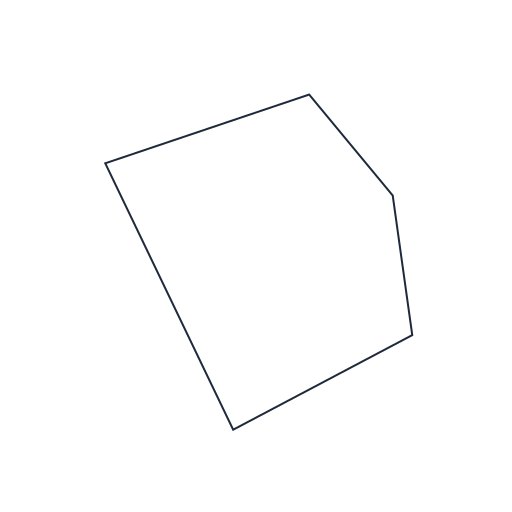 SVG path tracing the border of Isla, rotated 112°
{"feature_id": "MLT-5953", "entity_name": "Isla", "entity_type": "state/province", "adm_level": 1, "iso_a3": "MLT", "parent_name": "Malta", "parent_adm1": "", "projection": "albers", "projection_center": [14.513, 35.886], "detail": "fine", "context": "isolated", "style": "outline", "palette": "slate", "viewbox_px": 512, "rotation_deg": 112, "n_neighbors": 0, "source": "natural_earth", "source_scale": "10m", "svg_char_len": 236}
<svg xmlns="http://www.w3.org/2000/svg" viewBox="0 0 512 512"><g transform="rotate(112 256 256)"><path d="M148.7,151.9L270.8,81.5L425.6,212.1L226.5,430.5L86.4,267.2L148.7,151.9Z" fill="none" stroke="#1e293b" stroke-width="2"/></g></svg>